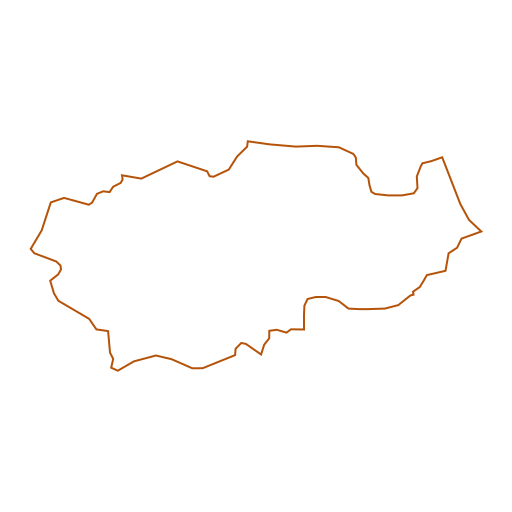 outline of Durham
{"feature_id": "GBR-2029", "entity_name": "Durham", "entity_type": "Unitary Single-Tier County", "adm_level": 1, "iso_a3": "GBR", "parent_name": "United Kingdom", "parent_adm1": "", "projection": "equal_earth", "projection_center": [-1.775, 54.677], "detail": "fine", "context": "isolated", "style": "outline", "palette": "amber", "viewbox_px": 512, "rotation_deg": 0, "n_neighbors": 0, "source": "natural_earth", "source_scale": "10m", "svg_char_len": 1358}
<svg xmlns="http://www.w3.org/2000/svg" viewBox="0 0 512 512"><path d="M442.2,157.3L460.3,204.0L469.0,219.9L481.3,231.5L479.6,232.1L461.5,238.6L457.1,247.7L448.6,253.3L445.5,270.8L426.9,275.1L423.3,281.3L419.8,287.0L413.0,291.7L413.5,294.7L410.5,295.4L398.3,305.1L384.8,308.6L368.5,309.1L358.3,309.1L348.5,308.6L338.7,301.0L325.6,297.0L315.8,297.0L307.6,299.0L304.4,305.6L304.0,315.2L304.0,323.8L304.0,329.5L291.0,329.3L286.5,332.6L276.7,329.8L269.3,330.8L269.2,338.3L264.2,344.7L261.1,354.5L245.9,343.9L241.3,343.0L235.6,348.7L235.1,355.1L202.7,368.2L192.3,368.3L171.6,359.2L155.9,355.5L133.8,361.4L117.8,370.7L111.2,367.7L113.2,358.9L110.0,352.6L108.1,331.1L96.4,329.4L89.2,318.9L58.4,300.8L53.9,293.2L50.2,280.7L58.2,274.4L61.0,269.4L60.5,265.6L56.3,261.5L34.4,253.3L30.7,248.9L41.7,230.4L50.8,202.4L64.0,197.9L88.8,204.7L92.1,202.6L97.0,193.8L103.2,191.3L109.6,192.1L113.1,186.8L120.7,182.9L122.6,179.5L122.0,175.3L141.3,178.6L177.5,161.4L207.1,171.3L209.6,176.2L213.6,176.7L228.8,169.6L237.1,156.5L247.1,146.7L247.8,141.3L269.9,144.4L296.0,146.6L317.2,145.8L339.0,147.3L346.3,150.7L353.3,153.9L355.8,157.5L356.4,164.8L363.3,173.5L368.3,177.9L369.5,185.2L371.4,191.8L375.1,194.0L388.2,195.4L401.9,195.4L413.8,193.3L417.5,188.1L416.8,176.5L420.5,167.0L422.4,163.3L431.1,161.2L437.7,158.9L442.2,157.3Z" fill="none" stroke="#b45309" stroke-width="2"/></svg>